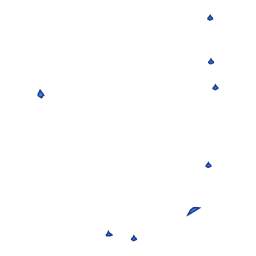 Alifu Dhaalu, orthographic projection
{"feature_id": "MDV-5232", "entity_name": "Alifu Dhaalu", "entity_type": "Atoll", "adm_level": 1, "iso_a3": "MDV", "parent_name": "Maldives", "parent_adm1": "", "projection": "orthographic", "projection_center": [72.869, 3.67], "detail": "fine", "context": "isolated", "style": "filled", "palette": "blue", "viewbox_px": 256, "rotation_deg": 0, "n_neighbors": 0, "source": "natural_earth", "source_scale": "10m", "svg_char_len": 1033}
<svg xmlns="http://www.w3.org/2000/svg" viewBox="0 0 256 256"><path d="M199.3,208.0L188.1,214.8L187.9,214.9L190.7,209.9L193.5,207.8L196.5,207.6L199.3,208.0ZM40.2,89.6L40.2,89.8L41.2,92.1L42.8,93.7L43.5,95.1L43.4,95.1L41.5,97.7L40.1,96.8L38.3,95.7L38.3,93.8L39.5,91.9L40.2,89.6ZM215.4,85.0L216.4,86.5L217.7,87.5L217.7,88.5L215.2,89.7L213.1,88.5L213.4,87.6L214.6,86.6L215.4,85.0ZM208.4,162.7L209.2,164.2L210.1,164.8L210.6,165.2L210.8,166.2L208.1,167.4L206.1,166.2L206.4,165.2L207.5,164.2L208.4,162.7ZM210.2,15.4L211.0,16.8L211.5,17.3L212.3,17.9L212.5,18.9L209.8,20.1L207.9,18.9L208.2,17.9L209.3,16.8L210.2,15.4ZM211.0,59.1L211.9,60.7L212.9,61.4L213.2,61.6L213.4,62.6L210.7,63.8L210.4,63.6L208.7,62.6L209.0,61.6L210.2,60.7L211.0,59.1ZM133.8,235.9L133.9,236.0L134.7,237.5L136.1,238.5L136.3,239.4L133.6,240.6L131.6,239.4L131.9,238.5L133.2,237.5L133.8,235.9ZM108.4,231.6L109.1,232.7L109.4,233.2L111.0,234.2L111.9,235.0L110.2,235.7L106.7,235.7L106.4,234.9L107.7,233.4L108.4,231.6Z" fill="#3b82f6" stroke="#1e3a8a" stroke-width="1.5"/></svg>